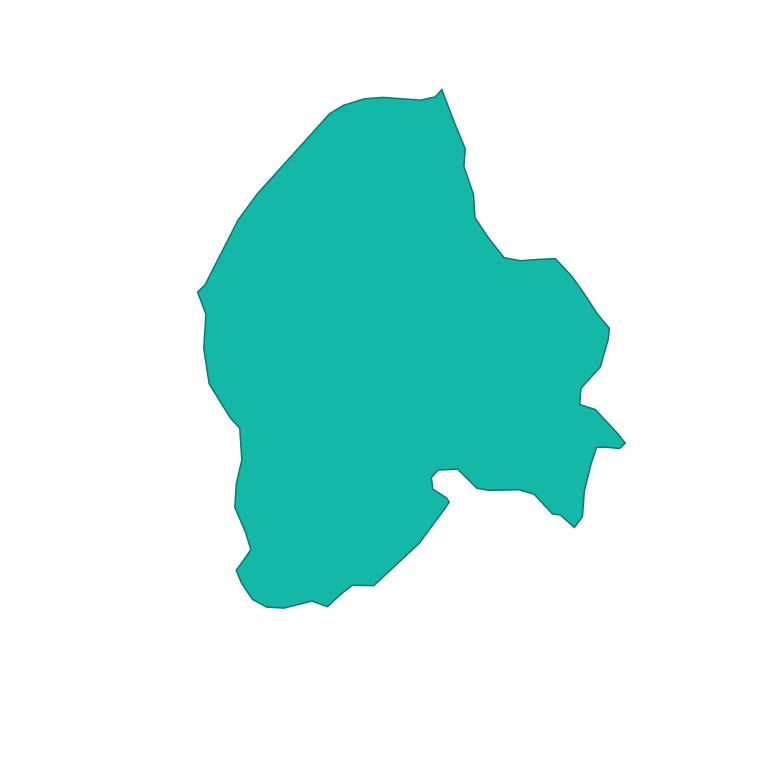 outline of Mavrovo and Rostusa, rotated 47°
{"feature_id": "MKD-2955", "entity_name": "Mavrovo and Rostusa", "entity_type": "Statistical Region", "adm_level": 1, "iso_a3": "MKD", "parent_name": "North Macedonia", "parent_adm1": "", "projection": "natural_earth1", "projection_center": [20.731, 41.637], "detail": "fine", "context": "isolated", "style": "filled", "palette": "teal", "viewbox_px": 768, "rotation_deg": 47, "n_neighbors": 0, "source": "natural_earth", "source_scale": "10m", "svg_char_len": 1118}
<svg xmlns="http://www.w3.org/2000/svg" viewBox="0 0 768 768"><g transform="rotate(47 384 384)"><path d="M189.6,457.6L189.5,447.6L164.5,378.6L158.5,346.8L149.2,239.1L152.6,223.4L162.2,203.6L173.8,189.2L201.3,163.7L209.0,150.7L208.1,140.9L243.0,155.1L267.3,164.1L279.4,177.2L306.3,189.2L324.5,204.1L348.9,208.0L373.5,210.0L387.0,200.1L398.1,186.2L409.1,173.2L433.7,173.2L455.8,176.2L478.6,180.2L496.9,181.2L504.0,189.2L519.0,214.0L521.5,242.9L532.5,254.8L546.8,246.9L560.9,246.9L579.9,246.9L591.8,247.9L591.8,255.8L581.5,264.8L575.3,271.7L584.0,287.6L599.0,310.6L616.4,329.4L618.8,342.6L600.1,344.4L593.9,349.4L578.0,349.4L567.0,349.4L553.5,357.3L532.9,380.2L523.5,387.2L496.5,388.2L483.8,403.1L484.7,413.1L494.1,420.0L510.0,416.0L514.9,416.9L517.0,426.3L524.5,466.7L524.5,494.7L524.5,510.3L524.5,529.0L509.6,544.5L508.3,558.5L508.3,577.2L493.5,584.9L479.6,610.1L466.9,622.1L451.8,627.1L432.8,624.1L419.5,619.2L418.0,611.4L414.3,594.3L398.3,586.5L372.4,577.2L356.2,560.0L342.6,539.8L317.9,519.6L304.3,519.6L264.7,511.8L235.1,491.6L211.7,466.8L189.6,457.6Z" fill="#14b8a6" stroke="#0f766e" stroke-width="1.5"/></g></svg>